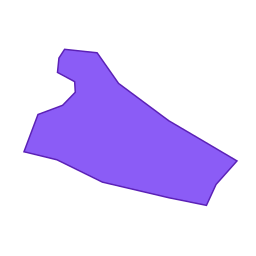 the Metropolitan Borough of Newcastle upon Tyne, rotated 355°
{"feature_id": "GBR-5661", "entity_name": "Newcastle upon Tyne", "entity_type": "Metropolitan Borough", "adm_level": 1, "iso_a3": "GBR", "parent_name": "United Kingdom", "parent_adm1": "", "projection": "orthographic", "projection_center": [-1.647, 55.013], "detail": "fine", "context": "isolated", "style": "filled", "palette": "violet", "viewbox_px": 256, "rotation_deg": 355, "n_neighbors": 0, "source": "natural_earth", "source_scale": "10m", "svg_char_len": 367}
<svg xmlns="http://www.w3.org/2000/svg" viewBox="0 0 256 256"><g transform="rotate(355 128 128)"><path d="M71.7,44.1L103.8,50.4L122.5,82.8L169.2,124.3L233.7,170.3L210.8,191.9L199.4,211.9L163.1,201.2L97.8,179.7L54.5,153.5L22.3,142.6L39.5,106.7L64.8,99.7L78.6,87.8L78.9,77.2L62.6,66.5L65.3,52.3L71.7,44.1Z" fill="#8b5cf6" stroke="#5b21b6" stroke-width="1.5"/></g></svg>